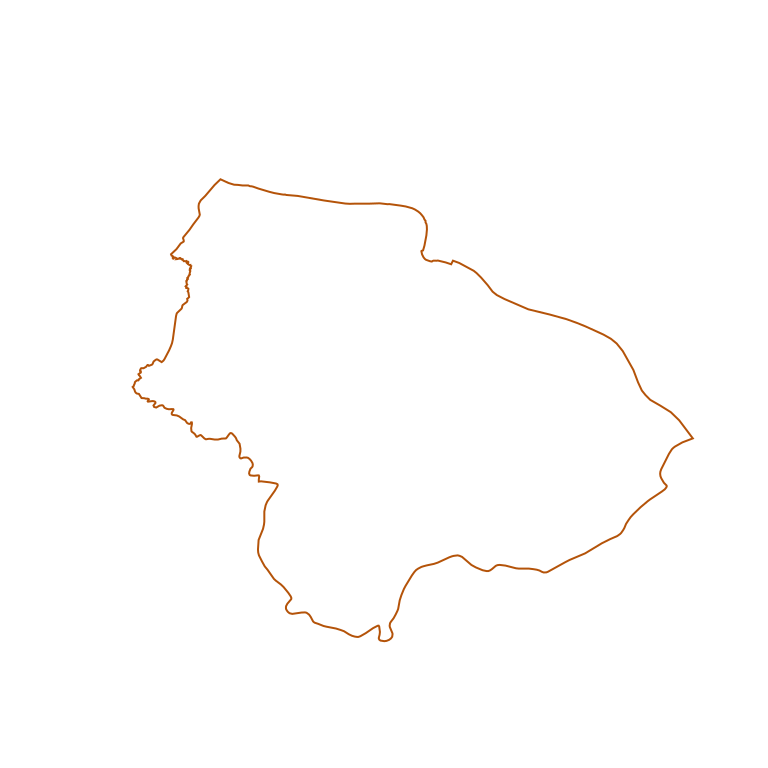 the district of Sawang Wirawong, Ubon Ratchathani, Thailand, rotated 53°
{"feature_id": "78962969B62238671099261", "entity_name": "Sawang Wirawong", "entity_type": "district", "adm_level": 2, "iso_a3": "THA", "parent_name": "Thailand", "parent_adm1": "Ubon Ratchathani", "projection": "equal_earth", "projection_center": [105.01, 15.236], "detail": "fine", "context": "isolated", "style": "outline", "palette": "amber", "viewbox_px": 768, "rotation_deg": 53, "n_neighbors": 0, "source": "geoboundaries", "source_scale": "gbopen_adm2", "svg_char_len": 6141}
<svg xmlns="http://www.w3.org/2000/svg" viewBox="0 0 768 768"><g transform="rotate(53 384 384)"><path d="M327.0,254.7L328.8,258.3L324.0,261.6L317.8,266.7L317.2,267.8L315.3,270.2L315.0,271.1L315.0,272.1L313.6,273.4L310.1,275.7L308.8,276.1L306.7,276.2L303.4,275.6L300.4,274.2L300.3,273.9L300.8,272.4L297.9,268.5L290.8,260.7L286.4,256.7L283.5,254.7L281.6,253.8L280.0,253.6L278.6,252.6L277.1,252.7L274.7,252.1L272.4,252.1L269.5,252.3L266.9,252.9L263.2,254.3L260.6,255.7L255.3,259.8L251.6,263.3L243.5,271.5L242.6,272.9L237.1,278.7L231.2,287.1L222.9,298.1L219.5,302.9L216.6,306.3L201.4,321.4L181.8,339.8L174.2,348.3L173.0,349.1L172.8,349.7L171.3,351.3L165.4,356.8L161.4,360.0L152.3,366.7L147.6,369.8L146.2,371.0L145.4,372.0L143.8,372.9L140.5,377.3L137.2,380.7L134.6,383.8L129.9,387.2L122.1,391.4L123.1,399.6L126.2,413.5L127.0,419.6L127.4,420.7L128.6,423.3L130.3,425.0L132.1,426.3L137.9,429.2L138.7,430.3L139.4,432.0L141.7,440.2L143.8,446.6L146.0,455.8L146.5,456.7L148.5,457.4L149.5,458.0L149.7,458.4L149.4,461.8L151.4,468.6L152.2,476.0L153.7,476.4L154.2,476.0L155.2,475.7L156.0,476.7L156.4,476.4L156.8,476.9L157.1,476.9L157.2,476.5L156.8,475.6L156.9,475.1L157.5,474.6L159.0,473.9L159.4,473.9L159.5,474.4L160.1,473.4L160.1,472.8L160.4,472.3L160.4,471.4L160.6,471.1L161.2,471.3L161.4,470.8L162.0,470.8L163.0,469.8L163.5,470.3L164.1,469.9L165.4,470.0L165.9,469.2L166.7,468.6L166.8,467.8L167.2,467.7L167.8,468.4L168.1,468.5L167.9,467.3L168.4,466.9L168.9,466.9L169.8,468.1L170.2,468.4L172.1,467.7L172.4,467.0L172.9,467.3L173.8,467.0L174.0,467.5L174.4,467.7L174.6,468.5L175.4,468.7L175.4,469.0L175.0,469.2L175.0,469.5L175.6,470.2L176.3,470.2L176.5,470.8L177.3,470.8L178.7,472.7L179.7,473.1L179.6,473.8L180.1,474.2L180.1,475.0L180.4,475.3L180.6,476.0L180.9,476.2L180.9,477.3L181.3,477.6L181.8,477.2L182.1,477.3L182.1,478.5L182.6,478.8L182.8,480.0L183.6,480.1L184.2,480.8L185.6,481.3L185.9,481.3L186.0,480.5L186.6,483.6L187.5,483.3L187.9,484.0L188.3,484.2L189.3,483.1L190.2,482.9L191.2,483.8L191.8,485.0L192.9,485.0L197.3,487.3L197.5,488.5L197.5,489.9L199.1,490.7L199.8,492.1L199.8,497.2L200.1,497.9L201.6,499.6L202.0,500.4L202.7,506.4L203.0,507.2L204.6,509.2L221.4,525.9L223.8,528.7L225.6,531.5L227.8,535.4L232.0,544.3L232.6,546.1L232.7,548.4L228.3,550.1L227.8,550.4L227.4,551.0L227.3,552.9L227.4,554.5L228.7,556.7L228.9,557.7L228.0,560.8L226.9,561.0L226.6,561.3L226.6,562.1L227.1,563.5L226.8,565.9L226.6,566.7L225.3,568.3L225.3,568.8L226.2,570.6L227.4,571.2L227.7,570.7L228.5,571.3L228.4,574.2L229.5,574.4L230.4,574.2L232.8,574.4L232.7,577.1L233.2,577.6L233.3,578.0L232.4,579.1L232.5,581.4L232.7,581.9L233.7,582.9L234.1,583.9L235.0,585.1L235.1,586.5L238.0,586.6L240.2,587.4L241.6,587.5L242.9,587.1L244.4,585.7L249.3,586.1L251.1,584.0L252.3,583.1L253.5,581.6L254.3,581.0L254.8,581.1L255.5,583.1L256.1,583.1L258.2,579.3L259.2,578.2L260.4,577.5L261.0,577.5L261.7,578.1L262.4,581.0L264.0,581.4L265.7,580.1L266.2,576.3L267.4,574.0L268.4,573.4L270.9,573.6L273.0,572.5L274.7,571.0L276.3,568.6L277.3,567.4L277.6,567.4L278.2,568.0L279.2,570.6L279.8,571.3L280.3,571.6L281.1,571.6L281.7,571.2L284.4,568.4L286.7,567.1L291.3,565.7L293.2,564.6L296.5,564.7L297.6,564.3L298.5,563.7L299.0,563.0L299.1,562.3L298.5,561.2L298.9,560.6L299.5,560.8L300.5,561.6L303.1,564.5L305.7,566.1L306.5,566.2L308.7,565.5L310.5,565.2L313.3,565.5L313.6,565.1L314.0,562.2L314.4,561.2L315.0,560.9L319.5,560.2L321.0,559.5L322.1,557.3L322.9,556.1L326.5,552.6L328.4,550.1L330.0,546.4L332.3,543.1L332.2,542.0L331.0,538.2L330.7,536.6L331.0,535.8L332.2,535.1L336.4,534.7L338.3,534.8L340.3,535.4L344.8,535.3L349.3,537.6L351.6,539.4L354.5,542.9L355.3,543.4L356.0,543.5L356.9,543.4L357.4,543.0L358.3,540.3L359.9,538.1L361.0,537.1L362.9,536.5L365.2,536.3L367.9,536.6L369.3,537.2L370.5,538.3L371.0,539.2L371.3,541.6L373.0,544.3L374.3,545.6L375.8,546.0L376.7,545.6L379.1,543.0L381.2,539.5L381.7,539.0L382.7,539.3L385.2,541.7L386.6,542.7L387.7,540.8L393.9,534.3L398.5,530.1L399.9,529.4L400.8,529.7L401.6,530.8L403.5,535.3L407.2,546.9L407.8,548.4L409.6,551.5L413.8,556.3L422.0,562.5L424.1,564.5L426.9,567.8L433.1,578.0L440.4,584.3L442.9,585.9L445.6,587.0L452.2,588.2L457.9,589.0L462.2,588.8L473.4,589.2L476.1,588.7L482.0,587.0L485.7,586.4L493.1,586.1L497.5,586.3L499.2,586.8L500.0,587.6L501.3,593.4L502.5,595.9L503.2,596.6L504.6,597.6L506.4,597.9L508.1,597.9L510.2,597.4L512.4,595.6L516.9,587.4L518.9,584.5L520.1,583.5L523.1,582.6L525.9,582.7L530.8,583.5L531.8,583.4L533.1,582.9L535.8,581.0L540.9,577.9L543.2,576.0L550.4,569.5L554.3,566.7L557.4,564.7L562.7,562.7L565.8,561.1L568.2,559.3L570.0,557.5L570.6,556.6L571.2,554.7L572.0,548.5L572.4,539.6L573.1,535.5L573.4,534.2L573.8,533.7L574.8,533.8L579.6,536.5L581.6,538.4L583.5,540.8L584.3,541.4L585.6,541.6L586.8,541.2L589.6,538.5L590.7,536.5L591.4,533.9L591.4,531.6L590.8,529.6L588.9,527.7L588.2,527.3L581.6,525.6L580.5,525.0L578.7,523.2L578.1,521.8L576.8,517.2L575.1,513.4L573.3,509.9L572.2,508.1L566.2,501.6L563.1,497.2L559.7,491.5L558.2,488.3L553.7,477.0L552.4,472.9L551.9,470.3L552.0,467.8L552.6,464.2L553.3,462.2L554.6,459.0L557.7,452.4L559.0,448.6L561.7,436.1L562.5,433.5L563.2,431.8L565.2,428.3L566.8,427.0L569.1,425.7L581.1,423.1L585.8,421.0L592.1,417.3L595.1,414.7L596.2,413.2L596.7,411.4L596.8,409.1L596.5,404.2L596.9,402.5L598.0,400.6L602.1,396.3L610.6,389.5L612.4,387.6L618.8,379.2L621.8,376.1L624.2,373.8L626.5,372.1L629.1,370.9L630.6,369.9L632.1,367.8L632.6,366.2L635.4,346.4L636.2,341.7L640.3,325.3L642.3,305.9L644.0,296.7L645.8,289.2L645.9,285.8L645.7,284.3L644.6,280.9L643.6,278.6L641.4,274.9L639.8,270.5L638.7,267.0L638.0,263.1L636.8,253.3L636.3,244.0L636.3,241.0L637.1,226.8L637.1,223.1L636.5,220.8L635.8,219.7L635.1,219.4L631.3,219.9L626.2,219.3L624.0,218.7L621.9,217.5L620.4,216.1L618.9,213.9L611.3,198.5L609.4,193.4L609.1,191.1L609.1,189.2L610.2,180.8L613.3,170.1L590.6,170.1L579.1,171.9L567.7,176.3L556.9,180.9L550.4,181.8L544.4,182.0L535.5,180.1L522.9,176.4L501.4,173.5L491.7,173.8L484.4,175.6L476.6,179.0L459.1,188.5L451.6,193.0L442.1,199.2L428.3,209.8L411.2,223.8L388.7,236.6L380.8,240.4L375.6,241.7L367.4,241.7L357.5,242.4L351.2,243.3L347.6,244.2L332.6,251.1L327.0,254.7Z" fill="none" stroke="#b45309" stroke-width="2"/></g></svg>